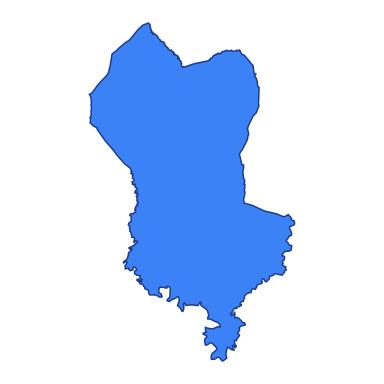 Phana, Amnat Charoen, Thailand
{"feature_id": "78962969B53965297473531", "entity_name": "Phana", "entity_type": "district", "adm_level": 2, "iso_a3": "THA", "parent_name": "Thailand", "parent_adm1": "Amnat Charoen", "projection": "orthographic", "projection_center": [104.854, 15.662], "detail": "fine", "context": "isolated", "style": "filled", "palette": "blue", "viewbox_px": 384, "rotation_deg": 0, "n_neighbors": 0, "source": "geoboundaries", "source_scale": "gbopen_adm2", "svg_char_len": 6002}
<svg xmlns="http://www.w3.org/2000/svg" viewBox="0 0 384 384"><path d="M234.6,350.3L232.8,348.8L232.4,345.9L232.9,345.4L234.0,345.7L234.4,347.4L235.0,347.8L236.4,346.0L235.3,344.8L234.2,341.7L234.8,340.2L236.4,340.7L236.8,339.2L239.4,335.6L239.3,334.9L237.7,333.4L239.7,329.6L239.0,327.5L241.7,325.8L244.6,325.4L245.3,324.6L244.5,322.7L242.2,322.5L241.7,321.2L238.8,318.2L237.0,317.5L234.9,317.9L234.7,312.3L234.3,312.3L234.1,313.5L233.4,314.3L231.4,315.5L230.6,313.6L232.2,312.8L232.2,311.6L234.6,308.0L236.6,308.6L236.9,307.1L239.6,306.5L241.4,305.2L241.4,304.6L240.1,304.5L240.0,303.9L241.1,301.9L243.4,301.3L243.4,299.8L244.4,298.5L244.5,296.4L246.4,293.9L249.3,292.7L250.8,292.7L251.2,292.2L251.4,290.1L252.3,288.6L255.1,289.4L256.5,287.5L257.1,285.1L259.1,284.0L260.0,284.1L261.8,283.3L262.3,282.2L261.7,280.3L262.1,278.9L263.5,278.8L265.4,281.6L266.2,281.8L269.1,279.2L269.7,276.4L273.3,275.3L274.6,273.5L281.9,275.2L284.4,272.5L284.6,270.9L286.3,269.9L285.6,268.2L285.7,266.7L283.9,266.2L282.2,264.7L283.1,263.4L282.4,262.1L282.4,261.1L284.3,259.8L284.6,256.9L284.2,256.2L282.0,255.7L281.9,255.0L284.7,251.5L288.4,251.2L290.4,250.6L291.1,249.9L291.7,245.6L289.0,245.0L288.1,242.8L286.7,241.5L286.1,240.3L288.5,237.6L289.2,235.9L291.1,235.5L291.6,234.8L291.4,232.5L289.8,229.0L289.6,226.8L294.0,224.9L294.6,223.9L294.4,221.2L293.7,220.6L291.5,220.0L291.1,217.7L288.2,214.6L284.9,216.6L283.5,216.7L276.3,213.8L264.3,210.9L251.8,205.2L244.2,203.1L244.4,202.6L243.8,201.6L243.6,199.7L244.9,193.3L245.0,191.8L244.6,191.6L244.3,189.7L244.8,188.5L244.9,185.9L244.8,184.3L243.9,184.2L244.8,181.4L244.3,179.4L243.7,179.0L242.8,172.3L243.6,167.7L243.6,165.0L241.9,164.8L239.4,153.9L242.8,148.6L246.7,141.1L247.8,137.7L247.7,136.4L248.7,134.2L247.5,128.5L248.6,125.2L253.1,116.1L256.3,112.7L258.9,105.8L258.5,103.6L259.1,87.3L258.2,86.9L257.6,85.4L257.2,81.3L256.4,78.8L255.6,77.2L254.5,76.2L255.9,74.1L254.3,73.4L253.9,72.6L253.2,65.9L244.2,55.1L241.8,54.3L239.6,50.0L238.7,50.8L237.1,50.1L236.6,50.8L233.7,51.2L232.1,51.0L231.3,50.2L229.7,51.1L227.3,50.7L227.1,50.2L225.3,51.1L224.6,51.0L224.3,51.6L222.5,51.4L222.1,52.2L221.2,52.5L221.2,53.1L219.7,54.1L218.4,53.1L217.3,53.5L217.4,54.2L216.8,54.5L215.1,54.6L214.8,55.3L213.5,55.6L212.0,57.8L210.4,58.4L210.0,60.2L209.2,60.0L207.6,61.0L194.3,63.7L183.9,67.2L183.6,66.6L182.9,67.0L182.0,66.6L181.3,65.8L181.7,63.4L180.8,62.5L181.1,61.8L180.4,60.7L179.2,60.0L179.3,58.8L177.9,58.5L178.7,57.9L177.9,57.5L178.2,56.5L176.8,55.2L176.0,55.3L174.5,54.2L173.7,54.6L173.5,54.1L174.4,53.4L173.2,51.9L172.9,52.2L172.5,51.4L171.7,51.1L171.3,50.1L170.4,50.5L168.1,49.3L168.3,48.3L164.7,45.0L164.9,44.1L164.0,43.1L163.8,42.1L160.3,41.0L160.4,40.2L158.7,38.8L157.9,36.9L157.2,36.6L156.9,35.4L155.5,34.8L154.8,33.9L153.1,34.3L153.4,33.1L152.7,32.9L152.7,32.1L152.2,32.0L151.9,32.6L151.2,31.9L151.5,30.4L150.4,28.3L150.6,27.3L149.9,26.9L150.1,24.8L148.3,23.0L142.6,25.3L137.7,30.1L129.7,39.8L124.7,43.3L119.8,47.3L116.3,50.8L112.1,53.9L110.1,66.0L108.4,73.0L106.4,75.8L98.1,84.5L92.8,91.9L91.6,93.2L89.4,94.3L90.9,97.4L91.4,103.2L91.0,105.7L91.6,108.0L91.0,111.4L91.3,115.4L90.0,117.8L90.6,118.5L90.2,123.1L91.3,123.7L92.7,125.5L96.6,127.7L97.6,130.0L105.0,140.5L112.4,149.1L117.3,155.5L124.6,163.8L130.3,168.3L131.7,171.4L131.3,171.5L131.6,172.1L131.0,173.1L131.9,173.1L132.0,174.5L133.0,174.4L132.4,178.3L134.2,180.0L133.4,181.8L132.1,181.9L132.5,182.7L132.3,184.1L133.6,184.9L134.5,184.2L135.1,184.4L134.7,185.4L135.4,186.3L135.2,187.2L136.6,187.7L137.1,189.5L136.5,189.6L135.4,190.8L135.7,191.7L135.1,191.7L134.9,192.3L135.2,192.8L136.8,192.3L136.0,193.4L136.7,193.7L137.1,194.9L137.9,194.4L137.4,196.5L136.5,196.4L137.2,198.7L136.7,200.2L137.2,200.7L137.3,201.8L137.9,201.8L138.1,203.0L137.6,203.1L137.5,203.9L136.9,204.5L137.6,204.8L137.7,205.3L136.5,206.1L136.4,206.6L135.7,206.6L135.4,208.4L134.8,209.3L135.7,209.7L135.0,210.5L135.6,211.5L135.5,212.2L133.4,213.2L133.2,213.8L130.8,213.8L129.8,214.7L129.8,215.3L131.2,216.4L131.1,221.6L129.2,222.6L128.3,224.6L128.6,225.4L129.9,226.3L129.4,228.3L130.0,229.7L129.8,231.2L131.2,232.5L131.0,234.2L131.8,235.3L131.7,237.2L134.0,237.4L134.6,238.1L133.8,242.2L134.4,242.4L135.6,240.8L136.3,240.6L137.8,242.3L135.7,243.4L135.0,244.4L133.0,245.9L129.0,247.7L129.2,248.6L130.4,249.4L131.2,248.3L131.7,248.3L132.1,249.9L128.7,252.6L127.8,257.3L126.1,260.2L124.3,260.9L123.4,262.6L123.8,263.0L125.8,261.4L127.2,262.2L126.9,263.2L125.0,265.7L125.4,267.1L125.3,268.9L128.5,268.2L128.8,269.4L130.2,270.7L133.0,269.9L133.1,267.7L133.7,267.2L134.8,267.1L136.3,268.8L136.8,270.1L134.7,271.2L134.5,273.6L136.8,275.2L140.1,275.7L139.8,278.1L141.9,279.4L140.4,280.4L141.7,281.2L141.3,281.8L140.3,281.5L138.7,279.2L137.1,279.3L136.9,280.3L139.2,282.1L140.2,284.0L141.8,283.8L143.1,284.8L143.7,286.3L144.6,287.0L145.0,288.8L148.2,290.0L149.0,293.8L149.7,294.9L155.9,295.0L159.8,297.2L161.8,297.0L162.1,296.4L161.2,293.9L158.7,292.5L159.0,288.8L159.6,287.3L162.8,287.3L166.4,288.1L167.0,287.8L166.6,286.8L167.0,286.3L169.4,286.9L170.2,288.1L169.9,297.0L167.2,299.8L167.1,300.5L168.2,301.3L169.3,301.5L172.6,299.2L174.0,298.9L177.7,296.7L178.5,296.8L179.3,300.4L177.5,305.7L180.2,307.9L182.1,311.4L183.0,311.2L183.5,310.1L183.9,306.4L183.2,304.2L184.1,303.2L185.0,303.1L185.3,304.9L186.2,305.3L192.2,304.9L197.6,305.6L198.2,305.3L200.0,302.2L201.1,302.2L201.3,302.8L200.7,304.2L201.1,305.5L206.3,309.3L207.7,311.2L208.7,315.5L207.6,318.0L207.7,319.0L210.4,319.1L214.7,321.3L218.0,322.5L219.8,324.8L220.3,326.5L220.1,327.1L217.5,326.7L212.7,329.0L207.3,328.1L205.5,327.3L205.4,330.2L206.3,332.1L203.5,333.0L203.1,333.6L203.3,334.3L206.1,335.4L206.8,336.2L206.7,336.9L205.2,338.4L204.6,340.2L205.2,344.3L205.8,345.2L207.9,344.5L210.1,342.8L211.1,342.9L212.6,343.6L217.1,348.4L216.8,349.5L211.9,353.8L211.1,356.9L211.4,359.3L214.7,359.2L217.8,357.1L220.0,358.2L222.0,360.8L223.0,361.0L226.6,358.2L225.9,353.3L226.9,348.9L227.7,347.2L228.6,347.2L230.1,348.8L231.5,349.6L234.6,350.3Z" fill="#3b82f6" stroke="#1e3a8a" stroke-width="1.5"/></svg>